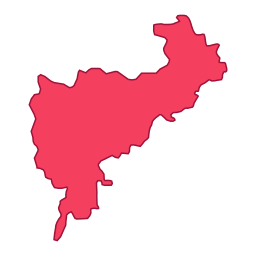 the district of Harim, Idlib, Syria
{"feature_id": "27442178B79082810780972", "entity_name": "Harim", "entity_type": "district", "adm_level": 2, "iso_a3": "SYR", "parent_name": "Syria", "parent_adm1": "Idlib", "projection": "mercator", "projection_center": [36.609, 36.125], "detail": "fine", "context": "isolated", "style": "filled", "palette": "rose", "viewbox_px": 256, "rotation_deg": 0, "n_neighbors": 0, "source": "geoboundaries", "source_scale": "gbopen_adm2", "svg_char_len": 4621}
<svg xmlns="http://www.w3.org/2000/svg" viewBox="0 0 256 256"><path d="M192.6,29.1L192.2,27.9L191.4,25.5L190.6,22.7L189.9,20.7L188.8,18.6L187.6,17.1L186.2,15.9L184.0,15.4L180.6,15.4L177.9,15.7L177.2,16.5L176.6,17.6L178.3,19.6L179.5,21.2L177.6,22.2L175.0,23.1L173.5,23.9L170.5,24.4L165.9,24.5L164.1,24.5L161.3,23.9L158.2,24.1L155.4,24.5L153.8,25.0L153.7,30.1L153.7,30.3L153.7,30.9L154.6,34.6L158.9,35.8L164.7,37.5L165.5,38.3L167.1,40.0L167.0,40.6L166.9,40.9L166.8,41.4L166.5,42.6L164.3,47.0L163.8,48.1L163.7,48.3L163.7,48.9L163.7,49.3L163.8,49.6L163.9,50.8L164.9,53.3L165.1,53.6L165.1,53.8L166.9,56.1L169.5,59.5L169.3,60.7L169.0,62.1L167.2,65.3L160.2,69.0L156.2,73.2L152.3,73.2L148.0,73.2L142.9,73.2L141.9,73.2L141.6,73.2L136.0,79.3L134.3,79.5L133.9,79.6L132.2,79.9L128.3,79.4L120.7,74.0L119.9,73.4L119.7,73.3L119.1,72.9L117.5,71.7L116.9,71.6L115.4,71.5L115.1,71.5L106.2,73.8L99.9,68.6L98.0,68.5L97.6,68.5L95.6,68.5L91.5,68.5L89.0,69.8L88.6,70.2L88.4,70.4L85.8,72.8L84.0,72.1L82.0,71.3L79.8,70.4L79.8,70.5L78.7,71.3L78.2,73.0L77.8,75.3L77.3,77.9L77.2,78.8L76.9,79.4L75.5,82.4L74.8,84.0L74.0,85.7L72.8,86.6L72.4,86.9L72.1,87.1L69.5,87.7L69.1,87.4L68.6,87.2L67.8,86.7L67.0,86.2L65.9,85.6L63.7,84.2L54.6,82.7L54.3,82.7L50.6,81.0L47.7,78.7L44.7,76.4L44.3,76.3L40.7,74.7L38.2,76.4L38.2,76.5L38.2,81.9L38.4,82.6L40.0,87.4L40.6,88.9L40.5,89.2L39.7,92.4L39.5,92.9L39.5,93.1L38.6,94.0L37.8,94.1L36.7,94.3L34.4,94.7L34.3,94.9L33.6,95.9L33.2,96.4L32.9,96.9L32.3,97.6L31.4,98.8L30.9,100.2L29.3,104.8L34.2,114.2L35.8,118.9L31.2,131.5L31.6,132.7L32.9,137.2L33.0,138.9L33.1,139.5L33.2,140.8L33.3,141.7L33.9,142.9L34.4,144.1L34.7,144.4L36.8,146.3L38.3,149.9L37.8,151.1L35.1,156.8L34.6,157.7L34.4,158.1L36.1,163.8L36.9,166.4L37.0,167.9L39.8,168.3L43.3,169.8L44.6,171.9L45.3,175.7L45.7,177.2L48.2,178.6L51.2,179.2L51.3,179.5L51.7,181.4L52.2,183.6L52.3,183.7L53.8,186.5L54.6,187.6L58.9,188.3L61.9,188.2L62.6,188.1L64.8,187.6L66.0,187.3L66.8,187.2L67.3,188.2L67.2,189.2L66.3,191.5L66.1,193.3L65.9,194.1L65.9,195.2L65.9,195.8L66.0,197.3L64.8,198.3L61.5,200.1L60.2,201.3L60.2,202.0L60.2,203.6L58.7,207.6L58.7,208.8L59.4,210.9L61.1,214.1L60.9,216.4L58.8,219.1L57.1,222.1L57.0,222.3L55.9,225.4L55.5,228.6L54.7,233.2L54.0,239.6L57.2,240.6L60.6,236.7L62.8,231.7L65.7,225.2L65.9,221.3L66.4,217.4L66.5,215.3L67.3,214.2L68.5,213.1L71.2,211.8L72.1,212.9L74.2,216.9L74.9,218.2L76.5,219.0L83.9,218.7L87.6,218.4L89.8,215.6L90.9,213.0L90.7,210.3L91.1,208.7L94.6,208.2L97.1,208.7L98.6,208.5L98.5,207.2L97.1,205.0L96.9,201.4L96.8,197.9L96.8,193.3L96.9,192.9L96.6,186.6L96.5,182.7L97.8,180.7L101.0,180.8L102.0,183.0L102.1,184.6L104.7,185.3L111.3,185.2L112.3,183.6L111.7,181.1L110.2,180.6L108.1,180.4L104.9,180.5L104.2,179.6L103.9,174.1L101.9,171.1L100.9,170.1L99.9,169.1L99.2,167.4L98.4,165.7L98.4,164.7L98.4,164.1L99.2,163.2L101.0,160.9L112.2,155.4L112.6,155.7L115.5,157.4L115.8,157.4L118.3,157.9L119.8,156.0L121.5,153.1L124.8,153.4L128.2,153.7L128.4,153.3L129.4,151.7L129.7,147.3L130.0,146.8L130.9,145.1L133.6,144.9L140.3,146.3L140.8,145.7L142.2,144.1L143.0,143.1L144.5,141.1L147.1,139.1L147.5,138.6L148.5,137.5L148.7,135.3L149.2,131.1L150.2,127.5L150.3,127.2L151.5,125.2L152.4,121.6L153.2,120.4L153.6,119.8L156.0,117.5L158.1,116.0L159.4,114.9L159.5,114.8L161.3,114.8L164.7,117.9L166.6,119.9L168.7,120.6L170.6,121.2L171.1,121.2L173.0,121.2L174.9,120.2L174.9,119.8L174.6,119.0L173.7,118.0L172.9,117.8L171.3,116.9L171.0,115.2L170.9,114.6L173.3,112.6L177.0,112.4L180.9,111.4L183.7,109.2L184.5,108.7L185.3,108.2L186.0,108.1L187.6,108.2L190.4,107.6L192.5,107.1L193.0,106.4L193.4,105.9L194.0,103.2L195.1,101.4L195.2,101.2L195.4,100.9L195.6,100.5L198.2,96.1L196.9,95.0L195.4,94.6L195.2,94.5L195.0,93.9L194.9,93.9L194.6,93.2L195.1,92.2L195.3,92.1L195.5,91.8L196.0,91.2L196.3,91.1L197.5,91.3L198.4,91.1L198.9,88.9L199.1,87.9L199.8,86.5L201.2,84.7L203.5,83.6L205.2,82.7L206.9,81.4L207.2,81.1L208.8,79.9L209.8,80.0L210.2,80.1L211.6,80.9L214.7,80.8L216.5,80.4L221.5,79.6L222.0,78.4L222.4,77.5L222.5,74.8L223.0,73.6L223.6,72.3L224.4,71.7L225.2,71.8L225.6,71.9L226.7,70.8L226.7,68.4L226.1,66.4L225.5,63.6L224.7,62.7L223.6,62.6L221.5,62.6L220.9,62.6L220.7,62.5L220.0,62.4L219.1,62.1L219.2,60.9L219.7,59.0L219.7,57.8L217.8,55.6L216.8,53.9L216.4,52.9L216.4,51.6L217.0,49.9L217.3,49.0L218.2,47.3L218.4,47.0L218.5,46.7L219.2,45.4L218.8,44.5L217.3,44.0L216.2,44.1L215.6,44.2L214.4,44.5L210.1,45.6L207.6,45.9L206.9,45.7L206.7,45.7L206.1,44.6L205.6,42.1L205.5,41.5L205.4,40.6L205.1,38.5L204.6,35.9L204.0,34.4L202.5,34.2L200.9,34.7L199.7,34.8L198.1,34.9L196.3,34.7L194.8,33.5L193.0,30.3L192.9,29.9L192.8,29.7L192.6,29.1Z" fill="#f43f5e" stroke="#9f1239" stroke-width="1.5"/></svg>